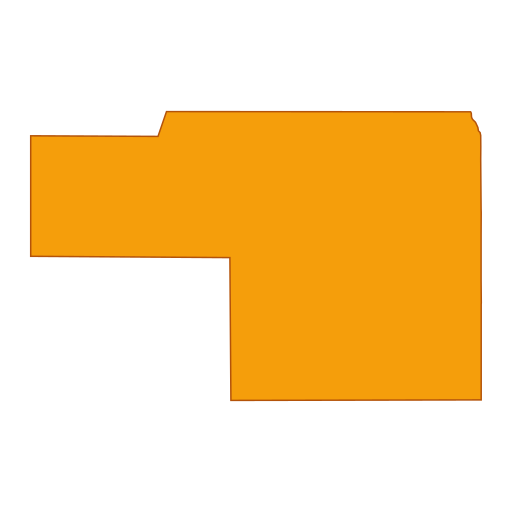 Grant, South Dakota, United States of America
{"feature_id": "52423323B32271032546928", "entity_name": "Grant", "entity_type": "district", "adm_level": 2, "iso_a3": "USA", "parent_name": "United States of America", "parent_adm1": "South Dakota", "projection": "mercator", "projection_center": [-96.565, 45.152], "detail": "fine", "context": "isolated", "style": "filled", "palette": "amber", "viewbox_px": 512, "rotation_deg": 0, "n_neighbors": 0, "source": "geoboundaries", "source_scale": "gbopen_adm2", "svg_char_len": 514}
<svg xmlns="http://www.w3.org/2000/svg" viewBox="0 0 512 512"><path d="M481.2,399.9L481.2,346.5L481.2,340.1L481.2,338.9L481.2,304.1L481.3,303.0L481.1,280.3L481.1,279.2L481.1,234.2L481.2,213.9L481.2,212.5L481.1,209.1L480.7,159.5L480.7,159.4L480.8,146.8L480.7,135.4L480.1,132.6L478.4,130.8L477.9,127.5L475.5,122.3L472.8,119.6L472.0,118.4L471.5,116.8L471.3,113.2L470.6,111.8L166.5,111.6L158.0,136.4L30.7,135.8L30.7,256.3L229.9,257.6L230.9,400.4L481.2,399.9Z" fill="#f59e0b" stroke="#b45309" stroke-width="1.5"/></svg>